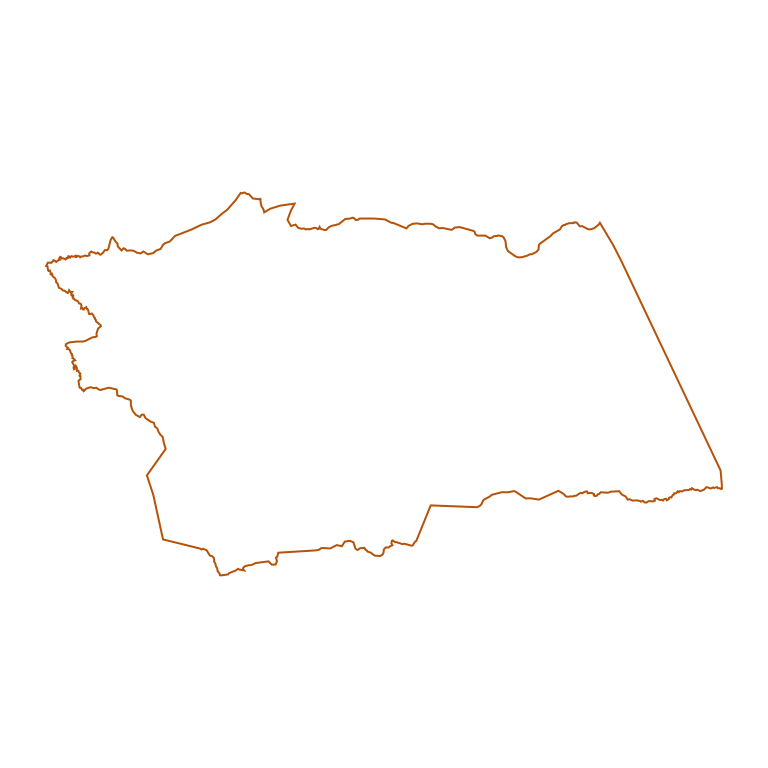 the district of Mwingi East, Eastern, Kenya
{"feature_id": "3690345B72019855775224", "entity_name": "Mwingi East", "entity_type": "district", "adm_level": 2, "iso_a3": "KEN", "parent_name": "Kenya", "parent_adm1": "Eastern", "projection": "mercator", "projection_center": [38.382, -0.927], "detail": "fine", "context": "isolated", "style": "outline", "palette": "amber", "viewbox_px": 768, "rotation_deg": 0, "n_neighbors": 0, "source": "geoboundaries", "source_scale": "gbopen_adm2", "svg_char_len": 5975}
<svg xmlns="http://www.w3.org/2000/svg" viewBox="0 0 768 768"><path d="M599.9,222.8L598.8,224.5L594.1,228.3L590.0,229.4L588.0,229.2L582.3,226.2L579.8,226.3L576.7,222.6L574.1,222.3L573.7,223.1L569.6,223.1L565.9,224.2L565.0,225.0L564.0,225.0L562.0,226.0L559.9,229.5L553.0,233.4L550.6,236.0L539.8,243.8L538.9,244.9L538.5,249.6L536.3,252.0L531.9,254.2L529.5,254.4L527.5,255.6L522.0,257.2L518.3,257.4L515.7,256.5L507.9,251.1L506.1,247.0L505.5,241.1L503.6,237.4L502.2,236.3L498.5,235.4L497.0,236.0L494.1,236.1L492.0,237.7L489.8,238.3L485.4,235.6L477.3,235.6L475.2,234.0L474.7,232.0L473.8,231.0L459.7,227.1L454.7,227.6L452.5,229.4L451.2,229.8L442.8,228.0L439.1,228.3L435.7,226.5L433.0,224.3L431.1,223.8L425.3,223.7L422.3,224.3L417.0,223.4L412.6,223.8L408.6,225.9L406.4,228.4L393.5,223.0L391.5,222.8L384.8,219.4L373.6,218.5L359.7,218.5L358.1,219.7L355.8,220.1L354.1,218.2L352.8,217.7L349.4,218.7L345.4,218.9L338.7,224.2L331.2,226.0L328.4,227.6L326.2,230.0L324.4,230.0L320.4,228.7L319.6,226.9L318.4,229.1L317.7,229.2L316.5,228.1L315.0,227.7L309.0,229.4L308.4,229.0L305.7,229.4L304.1,228.5L301.0,228.7L298.1,227.8L295.6,224.6L291.0,226.0L287.5,219.9L290.9,210.6L294.6,203.6L280.3,205.6L270.3,208.7L264.2,212.4L263.4,209.2L261.6,206.5L260.6,202.5L260.4,198.9L258.9,199.2L252.9,198.5L248.9,194.2L246.6,193.9L244.8,192.6L243.8,192.6L241.8,193.4L240.8,192.9L240.3,193.4L235.7,200.1L227.1,209.9L222.2,213.5L215.5,219.4L210.2,222.3L201.8,224.6L191.1,229.7L175.1,235.9L169.8,241.5L165.3,243.1L163.0,244.8L160.6,248.9L156.1,250.6L153.1,253.1L147.8,254.3L143.4,251.5L140.6,253.4L137.0,252.7L133.7,250.8L130.6,250.4L126.9,250.7L124.8,248.7L123.5,248.3L121.6,250.5L117.7,246.3L117.4,243.3L115.6,241.7L113.1,237.6L112.3,237.2L110.6,240.0L108.4,248.7L107.2,250.2L105.0,250.0L102.8,252.9L100.7,254.7L99.8,254.6L98.3,252.9L97.6,252.7L97.3,253.3L95.8,253.6L94.5,252.6L92.4,252.3L91.2,251.5L89.2,253.4L89.5,255.3L87.0,256.1L85.0,255.5L83.6,256.2L81.2,256.6L80.2,257.3L79.7,256.4L76.7,255.8L76.0,255.8L76.7,256.8L76.0,257.2L74.9,256.4L73.0,256.7L71.6,256.1L70.3,257.4L68.9,256.2L68.2,256.4L69.1,257.6L66.6,258.0L66.7,258.7L65.4,259.4L63.4,258.3L61.8,258.6L60.6,256.9L60.0,256.9L59.1,258.9L59.8,259.8L58.5,260.1L56.2,262.0L54.7,260.6L53.4,260.2L52.9,261.5L51.8,262.0L51.5,262.8L47.9,262.6L46.1,266.0L47.5,266.4L48.1,270.4L48.7,271.0L49.9,270.5L50.8,273.2L50.5,274.0L51.0,274.5L52.0,273.9L52.8,276.4L55.2,278.4L56.2,281.0L56.1,282.1L57.6,283.6L58.8,287.7L61.4,288.9L63.0,290.5L64.4,290.6L67.5,293.0L68.2,292.7L69.1,290.2L70.4,291.9L72.1,292.0L71.2,293.1L71.3,295.1L71.7,295.4L72.7,294.8L73.4,296.0L72.6,297.2L73.3,298.6L73.9,298.5L75.1,300.2L76.4,300.4L78.1,301.5L79.0,303.4L80.7,303.8L81.5,305.5L81.0,308.5L82.3,308.1L83.0,309.4L83.7,309.5L83.7,308.7L86.3,307.2L86.8,308.9L87.5,309.0L88.1,310.1L89.0,313.9L89.7,314.2L91.8,313.5L93.3,315.1L94.1,317.3L94.8,317.7L94.8,318.9L95.8,319.8L96.0,321.4L100.7,325.2L100.9,326.2L98.1,328.5L96.5,333.5L96.8,336.3L95.8,336.8L92.3,337.4L85.8,340.7L83.3,341.5L76.3,341.6L69.2,342.4L65.9,344.2L65.7,344.8L65.8,346.1L67.8,347.7L67.1,349.0L69.2,349.4L69.8,349.9L70.9,353.2L72.0,354.1L71.8,355.3L72.5,355.7L72.5,358.2L73.4,358.4L75.1,360.3L73.1,361.0L72.2,362.1L74.3,365.9L73.5,367.6L74.1,369.3L74.7,369.0L74.6,367.6L75.7,365.8L76.8,367.5L77.0,370.9L78.4,370.8L78.9,372.4L80.4,373.6L79.5,375.4L79.7,376.1L80.4,376.2L80.6,379.1L78.6,380.6L78.5,381.2L79.6,387.6L81.0,387.9L82.1,389.8L82.6,390.3L83.4,389.9L83.8,391.0L86.1,388.7L90.4,387.2L93.5,388.1L96.6,387.8L97.8,389.0L100.3,390.0L108.7,387.7L116.4,389.4L116.8,390.0L117.3,395.3L118.8,396.0L122.5,396.4L125.1,398.3L129.6,399.6L130.8,400.5L130.9,404.9L131.9,408.9L132.9,411.2L135.7,414.7L139.6,417.0L140.2,416.9L140.8,415.6L142.0,414.6L143.8,414.7L145.5,418.1L150.4,421.5L153.9,422.8L155.0,426.7L157.3,428.4L158.5,431.7L160.3,434.6L162.8,437.1L163.7,442.5L165.7,448.9L146.9,475.4L153.4,495.3L163.0,539.4L199.8,548.5L201.5,549.5L202.9,548.7L206.6,550.2L209.8,555.5L212.1,556.1L213.8,558.0L214.3,560.2L214.0,561.5L215.2,563.1L216.0,566.4L217.2,568.2L217.6,571.2L219.5,573.4L219.9,575.2L221.3,575.4L228.1,574.4L229.1,573.1L235.5,570.6L238.1,568.8L239.2,569.5L244.1,570.4L243.0,569.0L243.1,568.1L244.6,566.3L249.1,565.1L251.1,565.1L255.9,563.0L268.5,561.4L271.8,564.7L275.7,564.5L276.1,562.8L277.0,561.5L276.0,557.6L277.2,556.8L278.3,552.7L315.7,550.4L319.0,549.7L321.1,548.2L323.3,548.0L330.1,548.5L336.7,545.1L341.9,546.2L344.8,541.6L349.9,540.8L353.4,542.3L355.5,548.7L357.5,550.0L360.1,548.2L364.5,547.9L365.5,549.9L366.8,550.4L367.5,551.6L370.7,552.6L374.6,555.6L380.2,556.0L382.7,554.4L383.5,552.7L383.8,549.6L385.7,547.4L388.7,547.5L389.8,546.4L392.4,545.3L391.4,543.3L391.9,540.8L392.7,540.4L395.1,542.2L396.3,542.1L402.7,544.2L404.3,543.7L411.5,545.7L412.8,545.3L415.1,541.6L416.3,540.9L430.7,505.4L477.3,507.2L479.9,505.8L481.5,504.1L483.4,500.0L490.1,496.3L491.8,494.8L501.9,492.2L507.9,492.3L513.8,491.1L515.4,491.6L525.6,498.4L530.6,498.3L538.9,499.6L558.4,490.8L563.4,493.8L566.2,496.6L568.4,496.7L571.2,496.3L572.8,496.6L574.0,495.9L576.2,495.7L580.4,492.9L582.6,493.2L583.5,492.3L586.5,491.3L587.2,491.6L587.7,493.2L591.5,492.9L594.1,494.1L593.9,495.5L595.0,496.2L597.0,495.6L597.8,494.3L599.0,494.1L600.7,492.3L608.0,492.7L610.8,491.7L619.3,491.2L621.6,494.4L625.5,496.4L627.8,499.7L629.6,499.2L632.6,500.6L636.8,500.4L639.8,500.9L640.9,501.6L643.0,500.9L644.3,502.3L646.2,502.6L648.8,501.1L653.3,501.4L653.8,500.7L654.8,500.7L654.6,499.0L656.4,498.3L660.0,500.0L661.8,499.8L663.0,500.5L664.2,499.1L665.9,498.8L666.9,500.3L668.7,499.2L668.8,498.0L669.8,497.3L671.3,497.5L672.9,494.8L673.7,494.7L674.1,493.3L676.0,493.4L677.8,491.2L678.8,492.2L680.0,491.1L682.5,491.4L683.7,490.4L689.1,489.9L690.1,489.0L691.3,489.5L691.9,488.2L694.3,489.7L696.2,490.1L697.3,489.7L700.2,491.1L703.6,489.9L706.6,487.1L710.7,488.5L713.2,487.4L714.1,488.0L717.1,487.1L717.9,488.3L719.5,488.2L721.5,489.1L721.9,488.7L721.8,484.5L720.6,470.5L621.6,261.6L613.3,245.3L599.9,222.8Z" fill="none" stroke="#b45309" stroke-width="2"/></svg>